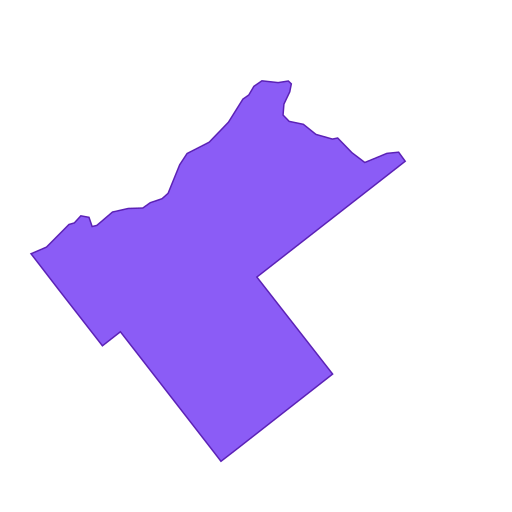 Mercer, North Dakota, United States of America, rotated 322°
{"feature_id": "52423323B83406409622886", "entity_name": "Mercer", "entity_type": "district", "adm_level": 2, "iso_a3": "USA", "parent_name": "United States of America", "parent_adm1": "North Dakota", "projection": "natural_earth1", "projection_center": [-101.73, 47.278], "detail": "fine", "context": "isolated", "style": "filled", "palette": "violet", "viewbox_px": 512, "rotation_deg": 322, "n_neighbors": 0, "source": "geoboundaries", "source_scale": "gbopen_adm2", "svg_char_len": 743}
<svg xmlns="http://www.w3.org/2000/svg" viewBox="0 0 512 512"><g transform="rotate(322 256 256)"><path d="M120.0,396.3L243.7,396.2L243.7,273.1L431.9,273.2L432.3,262.0L422.3,255.7L399.3,249.3L395.2,233.7L393.0,213.3L388.2,210.9L378.1,197.1L374.4,181.4L365.0,170.3L364.1,161.6L371.5,153.5L383.7,147.4L389.8,142.1L389.2,138.0L380.2,133.0L368.5,121.6L358.8,121.0L349.4,124.7L342.3,124.3L316.7,133.6L289.2,137.5L264.8,132.8L252.1,137.1L225.3,152.5L217.2,153.0L205.5,148.9L196.3,148.5L184.6,139.9L170.0,133.0L149.4,133.9L145.0,131.9L148.2,122.7L142.7,116.5L133.2,118.1L128.0,116.0L96.4,120.0L80.1,115.7L79.8,160.4L79.7,232.2L102.5,232.2L102.3,313.6L102.1,382.5L102.0,396.2L120.0,396.3Z" fill="#8b5cf6" stroke="#5b21b6" stroke-width="1.5"/></g></svg>